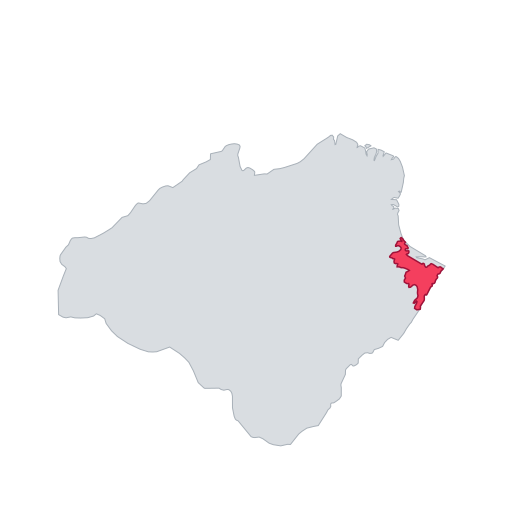 Ogun on a map of Nigeria (Natural Earth projection), rotated 211°
{"feature_id": "NGA-2852", "entity_name": "Ogun", "entity_type": "State", "adm_level": 1, "iso_a3": "NGA", "parent_name": "Nigeria", "parent_adm1": "", "projection": "natural_earth1", "projection_center": [3.522, 7.137], "detail": "fine", "context": "in_parent", "style": "filled", "palette": "rose", "viewbox_px": 512, "rotation_deg": 211, "n_neighbors": 0, "source": "natural_earth", "source_scale": "10m", "svg_char_len": 6244}
<svg xmlns="http://www.w3.org/2000/svg" viewBox="0 0 512 512"><g transform="rotate(211 256 256)"><path d="M395.0,104.1L408.0,124.7L410.9,140.0L412.1,147.5L414.2,148.4L418.2,148.8L421.1,150.3L422.9,152.8L424.0,155.1L424.2,156.5L423.5,165.7L422.5,169.0L423.1,173.5L423.0,175.4L422.6,176.8L420.8,178.3L418.3,179.8L412.6,184.1L410.9,184.8L408.5,184.9L406.4,186.0L403.9,188.3L398.5,197.1L394.0,205.9L390.7,220.1L386.6,224.6L385.9,228.5L385.4,237.4L384.7,240.1L384.1,240.9L379.7,242.5L377.2,244.6L375.7,248.6L373.8,262.3L373.2,264.5L371.7,266.9L369.5,269.5L367.6,270.9L362.5,271.8L357.8,282.1L357.7,283.9L355.7,293.2L352.0,300.3L351.8,304.8L347.2,311.0L344.8,315.2L347.3,319.6L347.5,320.3L339.6,327.8L339.1,328.9L338.8,334.1L338.1,335.5L336.7,337.4L334.6,339.4L332.4,341.1L329.9,342.2L327.6,342.6L326.2,341.9L325.5,340.4L324.1,334.1L323.4,332.7L321.9,331.5L315.7,324.5L312.0,322.1L311.2,322.3L310.6,322.9L309.6,326.4L308.5,327.7L306.6,328.2L303.2,328.2L300.7,327.7L300.1,327.0L298.9,324.3L291.3,330.6L288.7,332.0L285.3,339.5L280.5,343.2L277.2,346.5L268.4,356.6L266.6,359.6L264.9,364.1L261.1,383.3L255.1,395.2L254.2,397.8L253.9,397.7L253.1,398.8L250.7,398.0L249.6,395.8L248.2,395.5L245.6,392.2L245.1,392.8L247.8,401.0L246.8,404.2L239.3,404.3L232.9,405.4L228.4,405.3L226.2,404.1L225.2,401.0L224.9,401.3L224.6,403.0L223.2,404.3L218.3,404.6L216.1,402.4L214.3,400.1L212.4,399.0L212.7,400.0L214.9,402.3L214.6,405.6L210.6,409.5L208.0,409.7L206.5,408.0L205.7,405.3L205.3,401.4L204.2,398.8L203.6,398.8L204.3,403.1L204.4,407.1L206.3,410.3L203.3,411.2L199.8,411.4L199.4,410.2L198.9,407.6L198.3,406.9L197.6,411.3L190.4,412.5L189.4,412.4L189.2,411.5L189.7,410.3L189.6,408.3L188.0,409.9L187.7,412.9L186.8,413.4L184.1,413.0L181.1,411.4L176.2,407.6L170.2,401.3L169.3,398.5L167.6,395.0L164.4,385.5L165.0,385.1L166.4,385.6L167.1,384.7L164.6,384.0L164.1,383.3L163.9,381.2L164.0,378.7L167.8,377.3L168.6,375.8L169.1,374.2L164.5,376.6L160.2,373.9L159.2,372.2L159.7,371.0L164.7,370.9L166.5,369.7L165.4,369.2L163.5,369.3L162.8,368.5L162.8,366.5L162.2,367.0L161.4,368.7L158.5,370.0L156.8,368.7L156.6,365.9L156.2,364.6L154.8,363.6L149.7,356.1L143.2,349.8L137.5,345.5L128.9,343.5L110.8,343.5L109.8,342.9L110.9,342.0L112.5,341.3L118.3,337.8L117.3,337.3L111.3,339.5L109.2,339.7L106.5,343.9L88.7,344.8L88.8,342.9L89.6,337.4L90.7,333.6L89.4,329.0L89.2,324.8L89.9,323.5L90.2,321.9L90.0,311.2L90.9,309.6L91.0,308.5L89.1,303.9L89.1,300.4L88.8,297.0L88.2,295.5L88.9,282.4L88.7,279.2L89.2,276.9L89.6,271.2L89.5,265.7L90.7,257.0L98.3,255.8L100.2,252.4L101.2,248.0L100.9,243.7L103.4,240.0L106.4,236.7L106.2,233.0L107.1,231.9L108.5,231.0L110.5,230.6L112.8,228.8L114.0,225.6L115.3,220.5L113.3,216.9L113.4,216.1L114.1,214.2L115.3,212.3L116.2,211.7L118.4,212.2L119.2,211.4L120.6,205.8L120.5,204.3L118.4,200.5L117.3,190.3L116.7,189.0L115.1,187.1L110.8,179.9L110.9,176.5L112.7,172.2L113.8,170.1L115.5,168.9L115.8,167.9L115.3,166.7L114.5,165.8L114.3,163.8L115.1,161.1L114.9,158.1L115.3,142.7L118.7,139.7L123.8,134.6L126.3,129.4L127.7,125.4L129.4,112.2L132.0,110.8L137.0,106.0L143.9,103.2L148.3,102.3L156.1,102.9L160.1,102.4L163.4,99.8L165.0,99.0L167.1,98.6L186.5,105.5L188.3,105.2L189.8,105.6L192.2,107.4L198.0,113.8L204.0,123.7L205.9,125.8L207.8,127.0L209.7,127.4L211.1,127.3L212.5,126.3L214.4,124.4L217.2,123.6L219.6,123.7L231.7,116.2L232.8,116.1L240.3,117.7L250.5,125.3L258.8,130.3L264.6,131.9L271.4,133.1L283.1,133.5L291.8,122.8L295.1,120.5L299.0,118.4L307.2,116.4L320.7,115.1L333.4,115.6L341.4,117.5L349.7,121.0L353.4,124.3L359.0,124.8L363.1,124.2L364.3,120.9L368.4,116.5L374.4,112.5L379.4,109.7L383.4,108.4L387.0,105.2L389.9,104.2L395.0,104.1ZM218.7,408.8L216.0,409.8L214.2,409.6L216.7,405.2L217.9,406.2L219.5,406.5L218.7,408.8Z" fill="#d9dde1" stroke="#a8b0b8" stroke-width="1"/><path d="M90.9,310.4L91.0,310.3L91.0,310.2L91.1,309.9L91.2,308.5L90.5,307.3L89.7,306.1L89.1,304.9L89.0,303.6L89.1,302.6L89.3,298.1L89.3,297.7L89.0,297.2L88.3,296.3L88.0,295.4L87.8,295.0L87.8,294.9L88.0,294.7L90.4,292.7L93.1,292.8L93.8,294.4L94.0,298.0L94.5,299.8L95.3,300.0L95.6,298.3L96.0,296.9L97.0,296.8L97.2,299.7L96.2,303.0L96.2,303.7L96.7,305.4L97.9,306.6L98.8,307.9L100.1,310.6L102.1,312.7L103.6,313.3L105.2,313.2L106.4,312.1L107.5,308.8L108.7,307.9L109.7,308.8L110.2,310.4L111.0,311.0L111.8,310.4L112.7,310.0L115.5,310.1L116.5,311.7L116.5,313.5L116.5,314.1L117.4,314.8L118.2,315.3L118.4,315.9L118.4,316.5L118.4,317.0L118.6,317.5L119.0,319.4L117.9,321.1L117.2,322.6L118.9,322.7L122.3,322.2L124.1,321.7L124.9,321.1L125.8,320.7L126.6,320.6L127.5,320.5L129.5,319.4L130.1,320.7L130.3,322.2L131.4,322.1L132.5,321.3L133.8,321.2L134.7,322.1L135.1,322.9L135.4,323.8L135.4,324.3L135.6,324.8L136.4,324.8L137.4,324.2L138.0,324.4L138.6,324.4L139.1,324.2L139.6,324.0L140.7,323.9L141.2,324.5L140.5,328.8L140.0,329.7L137.4,331.8L136.0,333.5L135.3,335.7L135.3,336.7L135.7,337.5L136.1,337.9L137.0,338.2L137.5,338.3L139.0,338.3L140.2,337.5L140.6,336.7L141.3,336.3L141.9,337.2L141.9,339.5L142.1,341.0L142.0,341.5L141.7,341.9L141.3,342.1L139.8,343.3L138.9,343.4L138.5,343.6L139.0,344.3L139.8,344.3L141.4,345.1L141.4,345.9L141.0,346.6L139.3,346.4L139.2,346.4L136.8,345.2L135.0,344.8L135.0,344.7L135.1,343.8L135.0,342.9L134.3,342.6L132.7,342.6L132.0,342.7L131.5,342.4L131.1,342.0L130.3,341.7L129.7,341.3L129.6,340.4L131.3,339.4L131.5,338.7L131.2,338.0L130.4,337.7L129.5,337.9L128.6,338.6L127.8,339.1L127.0,338.3L126.9,337.9L126.7,337.1L126.9,336.3L127.6,335.7L127.9,334.8L126.2,334.3L109.7,334.4L109.4,334.7L109.4,335.2L109.0,335.8L108.5,335.9L107.5,335.8L106.8,334.8L105.5,334.1L104.8,333.8L104.0,334.2L103.8,334.7L103.4,336.4L102.9,336.9L102.5,337.6L102.2,339.2L101.8,339.7L100.1,340.0L94.0,339.7L93.7,339.9L93.7,340.3L93.1,341.1L92.4,341.6L91.7,341.7L90.9,341.4L90.0,341.5L89.0,341.4L88.9,341.4L89.0,340.7L89.1,340.4L89.6,338.6L89.7,338.0L89.4,336.6L89.4,335.9L89.7,335.2L90.3,334.7L90.6,334.4L90.8,334.0L90.7,332.5L90.6,332.2L90.1,332.0L89.8,331.9L89.6,331.7L89.4,331.4L89.2,330.7L89.3,330.0L89.6,328.6L89.5,327.3L89.1,326.0L89.0,324.8L89.7,323.6L90.0,323.5L90.4,323.3L90.7,323.2L90.8,322.8L90.6,322.5L89.9,321.8L89.7,321.4L89.5,321.0L89.6,320.8L89.7,320.6L90.0,319.9L90.2,319.6L90.3,319.3L90.3,318.8L89.7,310.8L89.8,310.4L90.0,310.3L90.3,310.3L90.9,310.4Z" fill="#f43f5e" stroke="#9f1239" stroke-width="1.5"/></g></svg>